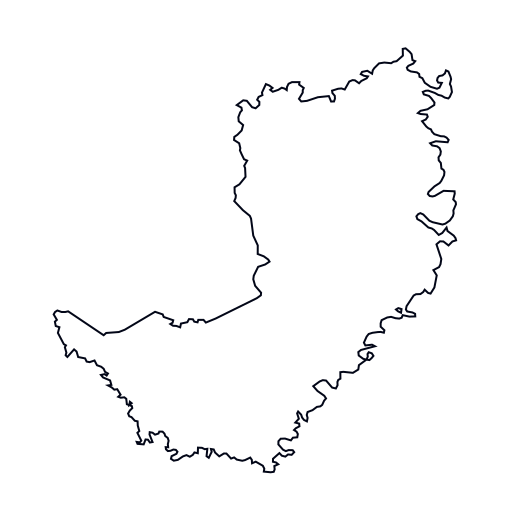 Mafra, Santa Catarina, Brazil, rotated 93°
{"feature_id": "56859067B87636064595694", "entity_name": "Mafra", "entity_type": "district", "adm_level": 2, "iso_a3": "BRA", "parent_name": "Brazil", "parent_adm1": "Santa Catarina", "projection": "robinson", "projection_center": [-49.893, -26.248], "detail": "fine", "context": "isolated", "style": "outline", "palette": "ink", "viewbox_px": 512, "rotation_deg": 93, "n_neighbors": 0, "source": "geoboundaries", "source_scale": "gbopen_adm2", "svg_char_len": 5941}
<svg xmlns="http://www.w3.org/2000/svg" viewBox="0 0 512 512"><g transform="rotate(93 256 256)"><path d="M53.1,107.2L52.2,110.0L46.3,111.2L44.1,113.2L40.8,117.5L41.5,120.3L48.2,119.8L54.1,125.8L54.8,128.9L56.4,131.1L56.1,138.0L57.2,143.2L62.3,147.8L64.5,149.1L67.9,149.6L65.2,154.5L66.6,159.7L68.9,160.9L70.4,157.5L70.8,153.6L72.7,154.7L75.7,160.0L78.1,162.1L75.4,166.4L75.3,168.8L76.9,172.0L85.1,176.1L84.2,179.4L84.7,182.8L86.9,188.7L89.3,188.2L91.9,185.7L94.8,185.4L97.6,186.2L97.8,189.1L92.5,191.6L94.2,202.5L98.4,213.2L99.3,218.9L96.8,221.3L90.4,217.9L87.9,218.0L85.7,217.1L82.6,221.9L80.1,221.7L80.5,229.2L82.3,232.5L85.6,233.9L88.7,234.0L87.3,236.2L86.6,239.1L88.9,242.4L91.1,247.9L89.3,250.5L87.3,248.3L85.1,251.5L83.8,255.1L92.5,258.6L95.0,258.0L97.0,261.7L99.9,263.0L101.9,260.7L105.0,260.6L108.5,264.1L107.6,267.7L101.5,273.3L101.2,276.9L106.3,283.1L108.6,278.3L111.3,277.7L113.3,279.3L118.3,280.9L122.4,280.3L125.9,275.7L131.4,276.9L135.9,280.9L138.2,283.9L141.3,284.0L144.3,278.7L149.1,277.3L151.3,277.6L154.7,275.9L160.0,273.0L161.2,269.8L166.6,272.5L168.7,271.5L177.5,270.6L185.3,276.3L188.5,281.0L194.1,280.6L196.4,279.3L199.1,279.4L202.3,280.6L211.0,271.4L216.2,264.3L218.9,262.9L235.8,259.8L245.3,254.8L253.9,254.4L255.9,248.2L258.9,243.6L260.9,242.2L264.0,246.4L266.7,253.3L275.8,257.2L279.4,257.5L285.8,255.3L292.4,249.0L295.0,249.1L298.1,253.0L320.6,293.1L325.1,302.6L322.5,305.1L322.8,310.3L325.3,310.9L324.8,314.2L322.5,315.7L322.5,319.6L325.7,321.1L327.4,327.4L331.2,328.0L330.0,331.9L330.0,335.2L328.4,338.0L327.0,335.8L324.5,335.3L321.7,345.0L319.2,346.1L317.0,353.9L336.5,383.2L339.1,389.0L340.7,401.6L343.1,404.0L321.1,440.7L321.9,443.5L322.1,447.2L320.8,451.5L322.4,453.7L324.9,455.0L330.2,451.5L332.1,453.4L336.4,452.3L337.4,448.6L343.2,449.8L354.1,443.3L355.2,441.1L357.1,442.1L362.4,440.3L365.1,440.9L366.7,439.1L358.8,432.8L360.8,430.2L366.2,428.3L367.2,421.3L370.3,419.6L370.7,416.6L368.8,411.8L373.4,409.1L374.7,404.8L376.6,402.2L379.6,400.7L381.1,397.7L383.2,398.9L381.9,401.0L382.9,404.6L385.3,402.4L387.9,395.2L392.3,393.7L393.0,397.0L394.8,393.2L396.9,390.5L396.3,387.6L401.6,384.0L403.8,386.2L404.6,383.6L404.0,380.1L405.4,378.1L410.8,377.2L412.4,372.1L414.4,371.6L416.9,373.9L420.0,375.5L422.7,374.2L423.4,371.9L426.9,368.4L427.3,365.6L431.5,365.2L436.9,363.4L438.8,365.2L446.4,360.9L448.2,362.3L447.9,365.4L449.8,364.5L450.0,358.3L445.0,356.7L445.1,354.3L447.8,352.2L447.2,349.6L439.8,353.0L437.5,352.9L437.9,350.0L439.7,347.5L438.4,344.1L436.4,343.4L436.3,340.1L438.2,338.1L440.5,337.2L442.3,334.6L445.1,333.6L448.5,334.2L451.6,333.7L451.6,336.2L453.7,335.8L455.4,333.8L455.0,331.2L453.6,328.4L453.8,325.9L455.6,324.2L457.7,325.1L460.3,329.8L463.0,330.3L464.7,327.4L463.7,323.4L459.9,318.4L458.5,315.0L459.9,311.6L457.9,308.7L455.4,307.2L456.0,303.8L450.4,303.9L450.4,299.9L451.6,297.1L451.1,294.5L458.5,294.9L460.0,292.6L453.9,290.0L451.1,290.9L451.4,288.1L454.4,286.6L458.0,282.2L454.9,277.7L454.8,275.2L459.6,270.3L458.3,267.3L460.3,264.6L461.2,259.0L460.4,256.3L457.6,251.2L459.8,249.5L463.2,249.1L461.4,245.5L465.1,238.2L467.9,236.6L470.9,236.9L471.2,230.0L470.6,227.0L468.1,226.2L464.8,226.7L462.8,222.9L461.1,225.3L460.6,228.3L457.6,228.4L451.6,222.3L454.1,219.7L454.8,216.2L452.5,213.6L452.7,210.0L449.9,207.6L448.0,209.2L448.1,213.2L449.3,216.0L448.0,218.9L443.0,223.8L439.8,223.9L437.2,221.8L436.8,217.5L438.3,211.5L435.5,209.6L434.9,205.3L431.6,204.9L429.3,206.3L427.8,208.9L425.9,207.2L423.8,203.7L421.1,204.1L420.3,208.0L416.3,204.7L411.0,206.7L409.1,205.8L412.1,202.6L414.9,201.5L417.2,199.5L418.5,196.5L415.0,196.0L412.1,197.0L409.1,196.3L407.0,191.5L403.5,187.3L402.8,183.9L401.2,182.1L396.9,180.4L394.6,178.6L392.0,180.5L387.6,187.5L383.0,192.0L378.0,185.9L376.5,182.8L376.7,179.5L383.4,173.1L384.1,169.3L380.8,167.8L377.5,168.1L375.5,167.4L374.1,165.3L367.6,165.7L367.1,162.7L367.6,153.1L364.0,147.9L359.6,147.5L353.7,140.3L353.1,143.5L350.0,148.2L346.6,148.8L344.3,146.2L339.9,132.5L338.5,135.5L339.6,142.1L336.9,143.7L330.7,141.3L328.0,139.4L326.6,135.7L325.6,130.4L325.3,127.5L325.9,124.3L323.4,123.9L320.1,127.8L316.7,128.0L313.5,127.2L310.5,121.7L309.7,117.9L310.8,113.5L311.0,109.7L310.0,107.3L307.4,106.4L308.5,99.6L308.0,93.8L305.4,94.1L304.2,96.8L303.5,102.1L301.6,103.5L298.2,103.0L287.2,96.5L285.8,94.2L285.4,89.8L283.2,87.1L280.8,85.8L283.9,82.2L284.4,79.7L278.1,76.2L265.9,74.5L260.8,78.1L257.5,72.6L254.5,71.3L249.3,70.8L234.9,76.4L231.7,73.0L231.7,69.6L235.4,64.3L231.2,60.6L229.9,57.0L227.7,57.7L225.3,59.6L221.0,66.1L217.6,67.2L223.3,71.2L225.4,74.6L220.7,79.5L219.3,81.9L218.5,85.4L212.8,92.5L210.7,96.8L208.0,97.9L205.7,96.2L204.6,94.1L205.8,91.1L211.7,84.7L213.0,81.4L214.8,71.4L213.8,68.6L210.4,64.3L206.0,61.5L203.2,60.9L200.1,61.3L193.9,59.0L191.7,59.4L189.2,62.0L183.3,60.8L181.0,61.1L181.1,72.1L186.6,80.5L187.3,82.8L187.0,85.7L185.1,87.6L183.0,87.0L177.1,81.4L173.5,76.4L171.3,74.9L165.6,72.4L162.2,72.2L160.1,73.3L159.0,75.4L153.4,76.3L151.0,78.5L147.9,78.9L145.1,77.2L141.9,76.9L138.7,78.3L137.0,80.9L136.4,85.8L134.3,88.0L132.0,82.4L132.4,70.6L130.0,69.7L127.8,71.9L126.7,74.4L126.7,77.8L125.0,84.3L122.7,86.7L120.4,87.9L119.4,90.6L117.8,92.7L112.7,97.2L110.8,93.6L108.0,91.8L105.8,92.7L105.6,99.1L104.8,101.8L102.4,99.3L100.5,92.4L95.9,85.9L93.4,85.8L89.2,89.3L87.1,91.6L85.8,96.9L83.4,98.0L82.1,95.2L81.8,92.7L83.8,86.0L85.6,82.4L86.2,79.1L87.9,75.8L88.6,72.2L86.9,70.8L82.0,68.9L76.5,70.1L74.1,71.4L69.2,70.4L66.8,71.1L61.7,73.5L60.7,76.0L63.8,76.9L65.9,79.2L66.7,82.5L68.7,84.0L71.2,84.4L73.3,83.1L73.4,79.5L78.3,81.6L79.5,84.0L77.9,90.6L74.2,96.5L69.7,99.2L68.5,102.1L65.7,102.6L64.2,104.9L63.6,111.1L62.1,114.3L60.0,115.2L58.1,113.8L55.6,109.0L53.1,107.2ZM303.8,111.3L302.1,113.4L300.6,111.2L301.4,107.9L305.1,108.2L303.8,111.3ZM411.4,374.7L408.2,374.3L409.5,372.5L411.4,374.7ZM353.7,140.3L354.0,137.3L351.9,135.2L349.6,133.5L347.1,135.3L346.2,138.4L348.1,139.5L350.7,139.1L353.7,140.3Z" fill="none" stroke="#020617" stroke-width="2"/></g></svg>